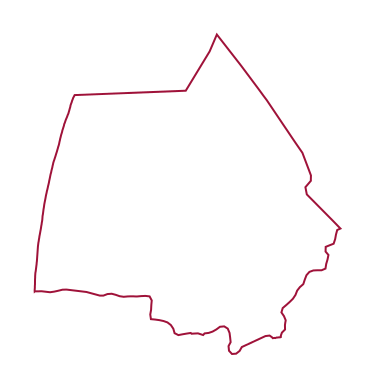 the district of Tur Al Bahah, Lahij, Yemen, rotated 184°
{"feature_id": "15242507B87552266659548", "entity_name": "Tur Al Bahah", "entity_type": "district", "adm_level": 2, "iso_a3": "YEM", "parent_name": "Yemen", "parent_adm1": "Lahij", "projection": "robinson", "projection_center": [44.539, 13.001], "detail": "fine", "context": "isolated", "style": "outline", "palette": "rose", "viewbox_px": 384, "rotation_deg": 184, "n_neighbors": 0, "source": "geoboundaries", "source_scale": "gbopen_adm2", "svg_char_len": 3089}
<svg xmlns="http://www.w3.org/2000/svg" viewBox="0 0 384 384"><g transform="rotate(184 192 192)"><path d="M93.2,53.6L93.4,54.5L93.2,55.5L92.5,58.0L89.6,61.3L90.0,65.8L89.8,68.6L89.7,69.1L89.6,70.6L91.6,74.6L94.4,78.1L93.4,82.6L89.9,86.0L86.8,89.2L83.9,92.5L82.3,95.3L81.6,96.5L80.2,101.0L77.7,104.7L74.6,107.8L74.5,108.0L73.4,112.4L72.0,117.0L69.3,120.5L65.5,122.2L61.3,122.7L57.2,123.0L53.5,124.9L53.1,129.6L52.1,134.1L51.5,138.7L54.6,141.9L54.8,146.6L50.9,148.5L47.1,150.3L45.9,155.0L45.4,159.6L44.5,164.2L41.4,165.9L49.2,172.9L77.3,197.6L79.2,204.7L74.2,211.5L74.3,212.3L74.5,216.8L76.5,221.2L84.6,238.8L91.4,247.3L95.5,252.5L101.4,260.1L105.8,265.7L110.0,271.1L123.8,288.8L127.7,293.3L132.4,298.9L151.8,321.4L178.2,350.8L184.2,333.5L205.3,292.6L315.8,280.5L315.9,280.4L316.5,278.9L317.1,277.6L317.5,276.1L318.0,274.6L318.3,273.1L318.8,271.5L319.2,270.0L319.4,268.2L319.8,266.5L320.1,264.9L320.5,263.1L320.8,261.6L321.4,260.0L321.8,258.5L322.3,257.0L322.9,255.3L323.3,253.8L323.7,252.2L324.2,250.8L324.4,249.2L324.8,247.6L325.2,245.9L325.6,244.4L325.8,242.9L326.2,241.1L326.3,240.8L326.6,239.4L326.9,237.5L327.2,236.0L327.4,234.4L327.7,232.7L327.9,231.0L328.2,229.3L328.6,227.8L328.9,226.2L329.3,224.4L329.6,222.9L330.0,221.3L330.4,219.6L330.8,217.8L331.2,216.3L331.6,214.6L332.0,213.2L332.4,211.5L332.6,210.0L332.9,208.3L333.1,206.6L333.4,205.1L333.7,203.4L333.9,201.7L334.3,199.8L334.5,198.3L334.7,196.7L334.9,195.2L335.2,193.2L335.4,191.3L335.7,189.4L336.0,187.8L336.2,186.2L336.5,184.3L336.8,182.8L337.0,181.1L337.3,179.3L337.5,177.8L337.7,175.8L337.9,174.2L338.1,172.6L338.3,171.0L338.5,169.3L338.6,167.8L338.7,166.2L338.9,164.4L339.0,162.6L339.1,160.9L339.2,159.3L339.4,157.6L339.4,156.0L339.4,154.2L339.5,152.5L339.7,150.9L339.8,149.1L340.0,147.6L340.1,146.1L340.3,144.0L340.5,142.4L340.7,140.5L340.9,138.7L341.1,137.2L341.2,135.6L341.4,133.9L341.5,132.2L341.7,130.7L341.8,128.8L341.9,126.8L341.9,124.9L341.9,123.1L341.9,121.1L341.9,119.5L341.9,117.6L341.9,115.9L341.9,114.6L341.9,114.1L341.9,112.2L342.0,110.6L342.0,109.1L342.1,107.5L342.2,105.5L342.3,103.9L342.4,102.0L342.6,100.4L342.6,98.8L342.6,97.1L342.5,95.6L342.5,94.0L342.4,92.2L342.3,90.6L342.2,89.0L342.2,87.1L342.1,85.6L342.1,84.0L342.1,82.5L342.0,81.8L341.9,81.9L339.5,82.1L335.1,82.5L330.9,82.3L326.6,82.1L322.5,83.0L318.4,84.2L314.4,85.5L311.5,85.8L310.3,85.9L290.3,84.9L276.6,82.2L273.1,82.5L269.2,84.3L265.0,84.9L260.9,84.1L256.9,83.0L252.8,82.7L248.5,83.4L244.1,83.8L239.9,83.9L235.5,84.6L231.2,85.1L227.0,84.9L224.6,81.0L224.7,76.4L224.6,71.6L225.1,66.9L224.1,62.3L220.0,62.2L215.6,61.9L211.4,61.3L207.4,60.2L203.8,57.8L201.1,54.3L199.5,49.9L198.9,49.7L195.6,48.3L191.5,49.4L187.4,50.4L183.4,51.3L182.6,50.6L176.2,51.4L170.9,50.1L169.6,51.8L165.5,52.6L161.7,54.2L158.1,56.6L154.7,59.5L150.5,60.2L146.8,58.2L144.7,54.0L143.8,49.5L143.0,44.9L144.8,40.8L144.0,36.2L142.4,34.7L140.8,33.2L136.7,33.8L133.4,36.8L131.5,40.8L108.7,53.4L104.6,54.2L102.1,52.7L101.2,51.8L99.6,52.2L99.2,52.1L98.7,52.1L97.5,52.7L96.5,52.8L95.1,53.1L94.4,53.1L93.6,53.3L93.2,53.6Z" fill="none" stroke="#9f1239" stroke-width="2"/></g></svg>